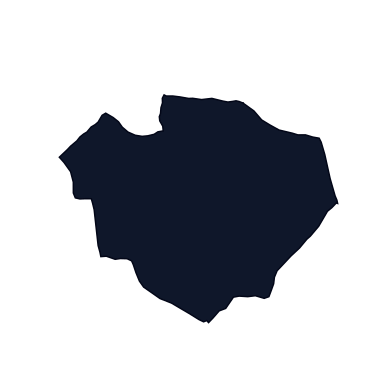 Täby, Stockholm, Sweden, rotated 119°
{"feature_id": "70781695B44466819558577", "entity_name": "Täby", "entity_type": "district", "adm_level": 2, "iso_a3": "SWE", "parent_name": "Sweden", "parent_adm1": "Stockholm", "projection": "mercator", "projection_center": [18.068, 59.467], "detail": "fine", "context": "isolated", "style": "filled", "palette": "ink", "viewbox_px": 384, "rotation_deg": 119, "n_neighbors": 0, "source": "geoboundaries", "source_scale": "gbopen_adm2", "svg_char_len": 1497}
<svg xmlns="http://www.w3.org/2000/svg" viewBox="0 0 384 384"><g transform="rotate(119 192 192)"><path d="M131.4,59.1L128.9,61.3L126.0,65.0L113.3,77.7L94.8,94.1L85.8,103.2L83.3,106.9L85.4,113.0L87.0,120.4L90.7,127.0L91.9,132.7L95.6,145.9L95.6,156.5L95.2,166.0L91.1,177.1L89.5,190.6L89.3,190.6L89.6,191.4L90.0,194.6L90.9,197.7L93.0,200.3L95.9,204.2L97.5,209.0L100.5,220.0L106.5,228.4L109.7,236.8L111.8,240.3L114.7,248.7L117.3,255.2L120.5,261.0L120.6,263.5L124.4,263.4L128.4,261.0L133.3,260.0L138.6,257.6L142.0,257.1L145.4,254.7L148.6,249.5L152.5,246.8L155.9,251.0L159.9,253.1L164.3,257.9L167.5,262.6L169.9,269.2L170.6,277.0L169.1,284.4L166.2,290.4L165.1,297.0L164.9,305.7L168.5,307.8L176.4,308.0L180.1,309.4L184.0,311.7L190.6,313.0L193.8,314.9L198.2,316.7L203.2,317.5L210.8,320.4L215.8,321.7L225.9,324.9L228.2,318.3L233.1,308.0L240.9,300.6L250.4,295.3L253.7,291.2L252.4,286.7L249.6,282.1L246.7,276.8L250.0,273.5L254.9,269.0L271.7,257.1L284.4,248.1L289.4,243.2L292.7,240.4L289.7,235.8L288.1,226.6L284.9,222.4L281.8,216.4L281.5,211.4L284.1,208.0L289.7,201.9L295.4,194.8L298.6,188.2L299.6,178.5L300.7,168.3L299.1,156.2L299.6,136.2L300.2,123.9L299.9,118.9L297.3,116.8L298.2,114.2L292.2,112.6L282.8,110.6L277.5,106.1L263.9,104.8L260.2,100.3L256.5,92.5L252.0,86.3L250.0,77.3L246.3,74.0L240.1,74.9L232.7,76.1L226.6,78.6L219.6,79.4L211.4,77.3L199.9,74.4L188.8,70.8L177.7,68.7L173.2,67.1L160.5,64.6L143.2,64.2L137.9,62.1L131.7,60.5L131.4,59.1Z" fill="#0f172a" stroke="#020617" stroke-width="1.5"/></g></svg>